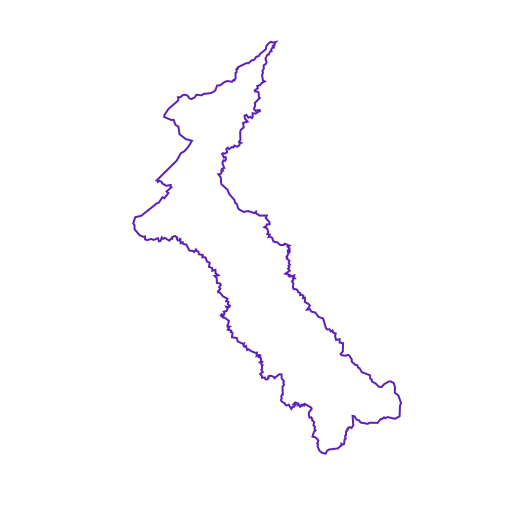 Fundación, Magdalena, Colombia, rotated 79°
{"feature_id": "7082276B77818351082127", "entity_name": "Fundación", "entity_type": "district", "adm_level": 2, "iso_a3": "COL", "parent_name": "Colombia", "parent_adm1": "Magdalena", "projection": "mercator", "projection_center": [-73.904, 10.46], "detail": "fine", "context": "isolated", "style": "outline", "palette": "violet", "viewbox_px": 512, "rotation_deg": 79, "n_neighbors": 0, "source": "geoboundaries", "source_scale": "gbopen_adm2", "svg_char_len": 6094}
<svg xmlns="http://www.w3.org/2000/svg" viewBox="0 0 512 512"><g transform="rotate(79 256 256)"><path d="M206.6,370.1L213.5,366.2L215.7,362.9L215.7,361.2L218.5,361.7L219.6,360.1L219.3,355.5L220.7,353.3L219.8,348.9L223.1,348.4L223.0,346.8L219.7,344.9L221.5,343.9L220.8,342.1L224.4,338.2L222.7,336.0L223.1,335.0L221.5,334.7L220.9,331.6L222.8,329.8L223.8,330.5L225.8,329.8L226.2,328.3L224.7,327.6L225.0,327.0L229.0,327.5L228.6,325.3L230.2,325.2L231.6,322.2L238.1,320.2L238.9,317.0L240.3,316.0L238.1,313.7L239.8,313.3L240.6,311.8L243.4,311.6L244.9,308.0L247.0,308.9L247.7,305.9L252.0,305.2L253.8,302.7L257.6,304.3L259.5,301.3L262.2,301.7L261.8,298.5L265.3,299.0L267.7,296.6L267.7,300.4L270.0,298.8L275.0,299.5L276.0,296.7L277.7,296.0L279.5,298.1L281.5,297.3L283.3,299.9L284.3,300.1L284.9,298.5L289.3,296.1L292.6,292.1L294.7,294.0L295.7,291.9L297.9,292.8L300.0,291.1L301.0,292.0L300.1,294.9L302.2,293.9L304.4,295.4L304.5,298.3L306.3,297.8L308.5,299.6L306.6,300.6L307.6,301.9L310.3,300.0L310.3,298.7L314.6,294.9L319.1,297.4L320.3,295.3L320.8,297.0L321.9,296.4L322.9,297.7L324.6,294.5L325.8,295.2L327.0,293.7L331.2,295.1L332.9,290.4L336.3,290.3L339.6,285.8L339.5,284.4L341.7,285.4L342.8,284.8L342.4,283.0L346.6,282.7L346.1,281.1L348.8,278.5L351.0,274.9L351.0,273.5L354.4,274.6L353.7,271.9L354.4,270.7L355.9,272.4L356.9,270.8L359.9,270.8L360.9,272.2L361.3,270.4L362.4,271.7L364.5,270.4L365.2,271.4L367.4,271.3L368.7,272.5L371.2,271.5L372.6,274.5L374.9,273.1L376.2,273.2L376.5,274.2L377.0,270.6L378.8,270.2L379.3,268.5L378.1,266.8L377.4,267.2L376.2,266.2L376.6,263.8L378.3,261.4L379.5,261.1L376.5,255.7L377.0,253.6L381.0,254.1L384.4,252.5L385.7,253.4L387.8,253.0L389.5,255.0L397.1,256.1L397.2,257.1L398.7,258.0L400.3,257.8L402.2,259.0L403.7,258.6L406.3,255.7L407.9,255.5L408.6,254.4L408.2,252.2L412.9,250.5L411.0,249.0L411.3,247.4L409.6,246.4L408.7,247.6L408.1,246.6L409.2,246.1L407.3,245.4L408.2,243.9L409.3,243.8L409.1,242.9L410.6,243.6L410.8,242.0L412.4,241.5L411.7,239.4L410.7,239.7L410.8,238.1L412.0,237.3L411.5,236.7L410.8,237.4L410.4,236.5L415.4,230.7L416.7,230.5L419.1,233.4L421.7,234.5L425.0,234.2L424.9,232.5L427.0,231.8L427.9,232.3L430.2,230.6L433.2,231.9L435.1,230.7L437.1,231.6L438.6,230.8L439.5,232.6L444.1,235.0L445.5,232.0L448.9,230.0L451.5,231.6L452.4,231.0L454.8,231.9L459.5,230.7L461.8,228.8L463.3,225.3L460.9,223.6L459.9,221.2L460.5,212.4L458.4,208.7L456.6,208.0L457.7,207.1L457.4,205.5L452.9,204.0L452.5,202.8L449.7,203.0L448.9,201.8L445.3,201.0L445.0,200.0L443.5,199.6L443.6,198.5L442.0,198.1L441.9,196.6L443.0,195.1L440.8,192.8L431.4,191.7L432.1,189.9L435.6,188.6L437.2,186.1L439.4,185.2L442.1,178.3L441.3,176.6L443.0,168.4L439.9,164.8L440.2,163.5L438.8,161.1L439.9,160.1L439.2,157.7L442.3,150.6L440.7,145.6L430.7,143.3L427.9,141.7L419.9,142.9L416.7,145.9L411.3,144.6L406.9,145.1L404.9,147.6L404.5,149.6L406.4,154.9L408.6,157.7L407.8,160.3L404.2,162.7L401.3,166.1L399.3,166.0L398.5,167.2L394.8,166.9L390.2,174.3L385.8,175.8L385.0,177.2L382.7,177.3L381.5,179.6L377.9,182.2L375.9,181.7L371.5,183.5L370.6,184.4L371.0,187.1L369.7,191.0L368.2,191.6L366.3,189.0L358.2,187.2L356.9,190.4L353.6,189.8L353.7,193.4L349.6,193.7L347.2,192.5L346.2,194.7L343.7,195.1L344.4,197.0L342.0,197.8L341.6,200.3L340.1,201.1L330.1,202.1L327.9,206.1L322.8,208.6L321.1,212.3L318.5,213.3L318.4,216.1L315.1,212.6L313.1,213.6L310.5,216.8L306.3,215.9L306.3,217.9L304.0,217.1L302.6,218.8L302.8,220.1L300.7,219.8L299.5,221.6L297.5,221.7L296.1,223.3L296.0,224.9L294.5,225.8L289.7,224.6L287.7,225.6L286.8,224.1L285.0,224.1L285.3,222.2L283.7,223.0L282.4,222.2L282.6,227.0L281.9,227.7L280.8,226.6L279.0,230.5L276.8,225.7L274.5,227.0L273.5,225.5L271.7,225.9L271.0,224.3L268.7,225.2L267.1,224.1L264.5,226.2L263.6,225.5L262.7,226.3L260.1,223.7L258.8,223.9L258.4,222.1L256.8,221.9L257.9,223.5L257.0,223.9L254.6,221.8L252.9,223.1L252.2,221.2L249.4,225.5L250.5,226.7L249.9,230.1L246.7,232.4L245.1,236.1L241.2,236.7L239.6,238.6L239.7,239.9L237.6,238.4L236.7,240.7L234.9,239.4L231.1,239.8L229.3,242.3L228.5,240.2L227.0,239.4L227.5,236.7L225.5,236.3L220.4,239.2L218.3,237.7L217.1,244.6L214.2,247.7L212.5,247.6L213.5,249.5L210.4,255.1L210.4,259.6L207.3,263.5L205.6,264.5L201.6,264.8L199.7,266.4L197.1,266.4L190.0,270.5L185.4,271.4L178.7,276.4L172.1,275.6L168.6,277.4L168.7,275.2L167.3,273.7L165.6,273.8L165.8,272.1L163.9,272.6L163.6,270.4L158.4,271.3L155.9,269.8L156.7,268.2L155.3,267.0L153.0,267.0L153.2,268.8L149.2,269.8L148.8,268.7L149.6,267.2L148.7,264.6L145.3,264.7L144.3,262.9L146.0,261.9L144.4,258.8L145.2,257.6L143.5,256.1L145.1,253.8L144.2,251.2L142.1,250.5L142.0,249.2L140.7,250.9L139.1,249.2L130.9,247.8L129.2,246.7L127.5,243.6L122.8,243.2L122.5,238.6L119.1,240.6L116.1,240.5L115.7,238.4L118.8,237.1L118.2,235.0L119.9,233.7L119.0,232.7L115.2,232.1L116.1,229.4L114.3,224.3L113.6,224.4L113.1,226.6L113.5,228.7L111.2,230.0L108.4,228.1L105.6,228.0L101.6,222.1L100.3,222.9L96.1,222.2L95.0,223.1L94.4,225.4L93.2,225.7L91.6,222.1L89.4,222.4L89.0,219.3L87.4,217.6L86.3,214.1L85.1,215.7L79.4,215.5L77.3,214.2L75.6,214.4L73.8,212.7L70.3,212.1L69.2,209.5L67.8,208.7L64.2,209.1L60.6,206.5L60.7,205.0L58.1,203.4L57.9,201.7L56.5,201.8L54.7,200.3L54.8,198.7L52.8,199.3L52.8,197.6L51.0,197.3L49.7,195.7L49.8,198.3L48.7,200.5L49.4,202.7L51.8,205.7L55.0,207.0L58.2,213.2L60.4,215.3L60.4,217.6L63.2,220.6L63.1,223.0L65.4,226.8L64.8,228.4L67.3,237.9L68.8,238.2L68.9,239.6L72.0,240.0L72.6,241.3L77.3,242.0L79.6,243.7L79.0,244.6L80.4,246.3L78.8,250.7L79.1,253.3L81.6,258.8L81.2,261.6L85.6,264.3L86.6,266.1L87.5,269.4L86.9,276.6L87.9,278.8L86.3,283.7L88.7,286.0L89.6,289.6L88.6,291.2L85.3,292.8L84.1,295.3L84.2,297.5L85.6,299.6L85.3,302.3L87.5,302.2L89.0,303.4L94.8,313.7L100.2,319.0L102.0,319.6L106.3,313.3L106.6,310.9L112.0,310.0L114.3,307.4L121.8,307.9L127.8,302.7L130.7,296.9L136.2,301.9L139.6,306.5L140.8,310.2L147.3,315.7L162.9,339.1L163.4,338.1L164.5,338.1L163.8,336.6L165.3,334.4L166.9,334.2L170.0,330.6L170.0,326.2L171.6,326.6L172.4,325.9L175.6,331.5L177.5,330.0L181.8,334.9L180.4,336.6L185.1,341.2L185.4,343.3L194.6,360.9L194.9,367.1L200.5,370.3L202.6,369.4L206.6,370.1Z" fill="none" stroke="#5b21b6" stroke-width="2"/></g></svg>